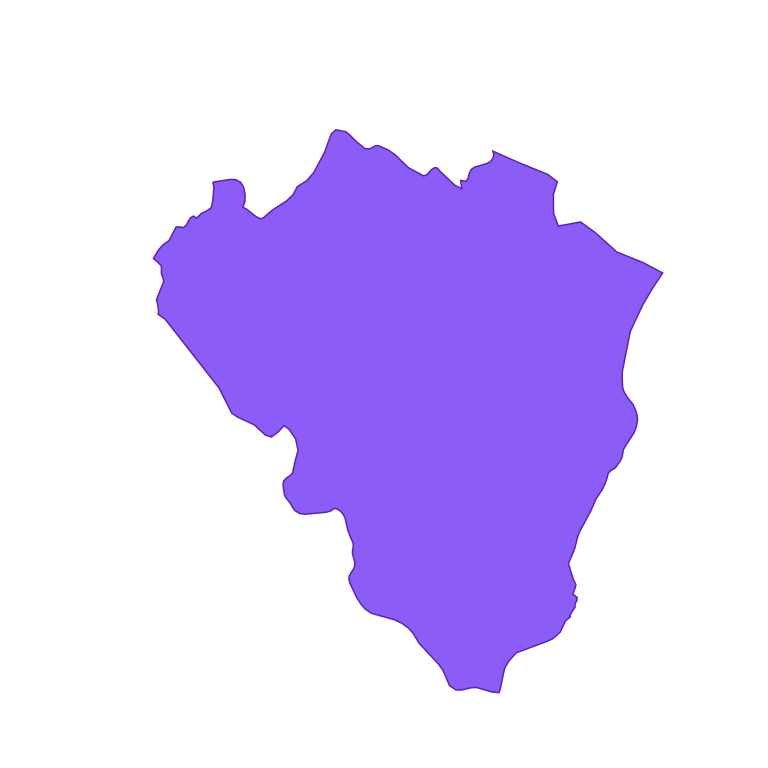 outline of Rajshahi, rotated 22°
{"feature_id": "BGD-3255", "entity_name": "Rajshahi", "entity_type": "Division", "adm_level": 1, "iso_a3": "BGD", "parent_name": "Bangladesh", "parent_adm1": "", "projection": "natural_earth1", "projection_center": [88.991, 24.559], "detail": "fine", "context": "isolated", "style": "filled", "palette": "violet", "viewbox_px": 768, "rotation_deg": 22, "n_neighbors": 0, "source": "natural_earth", "source_scale": "10m", "svg_char_len": 2882}
<svg xmlns="http://www.w3.org/2000/svg" viewBox="0 0 768 768"><g transform="rotate(22 384 384)"><path d="M327.4,511.3L327.5,511.3L328.4,508.4L331.8,503.0L332.7,499.8L332.1,498.5L331.3,492.8L330.8,491.4L329.2,477.8L322.6,468.0L313.2,461.6L306.9,460.1L303.9,468.0L299.5,475.3L293.2,475.8L279.0,470.5L260.3,469.5L253.7,468.0L232.4,449.4L156.8,405.9L148.5,404.0L148.0,401.6L145.3,396.5L142.8,392.9L141.7,391.6L141.4,389.9L141.4,371.9L140.5,369.8L136.3,365.1L133.4,358.0L128.7,355.8L123.2,354.1L124.8,343.7L127.2,337.4L131.0,331.4L132.4,316.3L135.5,314.9L139.2,314.2L141.2,311.0L141.6,306.3L142.5,302.1L144.4,299.7L148.1,300.4L150.9,294.1L154.9,289.8L157.7,285.4L156.8,278.9L153.1,266.9L151.8,263.9L150.2,262.1L150.2,260.6L164.5,252.1L169.8,250.1L175.4,250.6L180.1,254.1L184.1,260.0L186.7,266.7L187.0,273.0L190.5,273.2L202.5,276.7L207.4,277.2L210.0,275.0L215.2,264.8L225.2,250.5L228.8,242.5L229.7,233.5L236.3,224.3L239.7,214.1L242.1,191.5L241.4,172.0L244.2,166.3L254.0,164.4L258.7,165.8L267.7,169.7L275.5,172.0L276.8,172.7L278.2,172.8L281.4,172.0L283.4,170.5L287.0,166.1L289.6,165.1L299.7,165.4L308.4,167.3L325.6,174.3L342.8,176.2L345.1,174.3L348.1,166.8L350.0,164.4L352.2,163.8L354.1,164.5L356.0,165.7L375.7,173.3L383.0,173.8L378.8,166.5L384.1,165.3L384.9,161.8L384.1,157.2L384.4,152.6L386.9,148.9L397.7,140.2L399.8,136.9L400.5,133.4L399.9,130.1L397.7,127.3L426.1,128.3L457.2,128.3L469.0,131.6L470.0,144.7L477.3,162.3L486.4,172.2L505.6,160.1L523.0,164.5L550.4,174.4L578.7,174.4L600.8,176.7L597.0,195.3L594.3,213.5L592.7,242.5L593.1,245.4L600.2,282.7L602.7,289.5L606.6,297.9L609.5,301.4L614.5,305.1L623.0,310.0L628.2,315.3L630.6,318.6L632.5,322.2L633.9,328.6L634.1,335.8L631.0,351.5L630.6,355.3L632.0,361.9L632.0,366.4L629.9,375.0L626.7,379.3L625.3,382.9L626.0,387.2L626.3,393.6L625.9,400.4L623.6,411.2L623.3,424.1L620.6,448.9L620.7,452.3L622.5,465.5L622.3,479.1L622.6,482.1L622.9,482.6L623.3,483.1L625.0,484.3L625.5,485.6L633.3,494.8L636.5,497.6L637.3,498.6L637.6,500.5L637.7,508.0L642.9,509.5L644.0,512.6L643.5,515.8L643.8,517.2L644.8,519.5L643.6,524.4L643.1,529.3L644.0,530.0L641.0,535.8L640.3,548.0L638.1,552.7L635.5,557.5L631.9,561.2L607.3,583.7L603.5,594.3L602.3,601.9L603.1,607.1L606.1,623.1L606.2,627.1L599.6,629.1L583.6,630.7L578.9,632.8L570.2,638.9L565.2,640.7L557.7,639.1L546.2,627.6L539.7,623.4L513.8,611.3L504.4,604.2L497.6,601.0L490.4,599.2L482.6,598.6L458.7,601.3L450.8,599.7L444.6,596.4L438.4,592.0L427.3,581.7L424.5,578.0L423.7,574.9L424.1,571.7L425.0,567.3L425.0,563.7L423.8,560.6L422.0,557.8L419.9,555.3L418.0,552.5L417.1,549.8L416.6,547.1L415.4,543.9L414.3,542.3L411.4,539.8L404.9,532.7L398.2,523.0L396.0,520.9L393.3,519.2L390.7,518.0L388.0,517.5L384.9,517.6L382.1,521.8L378.2,524.7L359.6,534.3L354.3,535.7L348.7,534.7L346.4,533.3L342.2,530.0L335.2,525.9L333.3,524.1L328.8,516.6L327.7,513.9L327.4,511.3Z" fill="#8b5cf6" stroke="#5b21b6" stroke-width="1.5"/></g></svg>